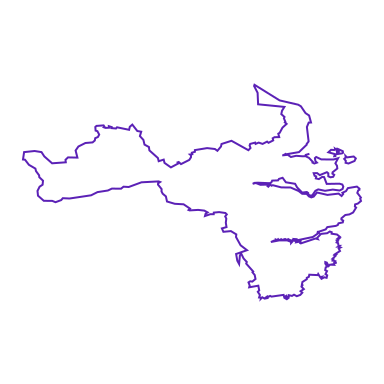 Carrigaline Lea-6, Cork, Ireland
{"feature_id": "5873133B49467827523795", "entity_name": "Carrigaline Lea-6", "entity_type": "district", "adm_level": 2, "iso_a3": "IRL", "parent_name": "Ireland", "parent_adm1": "Cork", "projection": "equal_earth", "projection_center": [-8.381, 51.806], "detail": "fine", "context": "isolated", "style": "outline", "palette": "violet", "viewbox_px": 384, "rotation_deg": 0, "n_neighbors": 0, "source": "geoboundaries", "source_scale": "gbopen_adm2", "svg_char_len": 6038}
<svg xmlns="http://www.w3.org/2000/svg" viewBox="0 0 384 384"><path d="M214.9,149.0L207.1,148.1L194.9,150.1L194.9,151.8L191.9,152.7L192.3,154.2L190.0,154.5L191.0,155.4L191.0,157.2L189.3,159.9L181.0,164.1L178.7,162.0L177.6,162.4L178.2,163.5L170.9,167.4L164.5,162.9L163.7,159.6L158.7,161.2L157.9,158.0L149.4,150.4L148.9,147.0L144.5,144.6L143.4,139.9L139.9,136.1L141.2,131.7L137.3,131.0L132.3,124.6L129.8,126.8L129.1,129.8L117.0,127.3L116.0,128.5L111.5,128.1L111.7,127.1L108.9,126.2L109.1,127.7L105.5,127.9L103.9,127.3L104.5,126.8L103.6,125.4L96.5,125.9L95.3,127.0L95.6,130.6L97.4,131.2L99.2,134.6L97.9,137.0L95.2,138.2L94.8,140.5L92.6,142.4L85.4,143.0L78.4,146.5L75.6,150.5L77.4,157.6L68.0,157.4L65.5,159.8L65.8,162.3L52.1,163.3L44.3,156.4L41.5,152.1L34.6,151.0L24.1,152.1L23.0,159.5L25.0,159.7L28.9,164.8L35.4,168.6L36.0,171.1L39.1,175.3L39.3,177.2L43.0,180.7L42.6,184.7L39.6,186.7L37.5,190.9L38.0,195.7L43.8,200.8L52.3,200.9L55.5,202.2L61.2,200.1L62.8,198.2L69.6,198.5L91.1,195.3L97.5,192.1L107.9,190.5L111.9,188.6L121.0,188.7L123.5,186.7L128.7,187.0L141.5,182.3L158.6,181.4L160.1,182.0L158.1,183.3L158.0,184.6L161.6,189.1L161.5,191.4L162.7,193.7L165.9,196.4L167.0,201.5L174.8,203.8L183.6,204.3L190.0,208.6L188.6,210.0L189.6,210.4L198.2,209.9L204.3,210.6L207.6,212.4L205.6,213.7L205.0,216.0L210.3,214.2L213.7,214.2L213.8,212.6L219.1,212.1L225.4,213.0L226.8,214.4L225.2,216.4L226.3,218.6L225.8,222.7L226.5,227.1L221.9,228.4L223.4,231.8L230.9,231.1L236.3,234.4L236.0,237.0L240.6,245.3L247.0,250.2L236.1,254.0L237.3,260.7L239.1,264.0L239.9,255.5L241.1,253.4L243.6,258.5L246.8,262.0L246.2,263.6L253.2,271.5L252.5,272.3L254.7,275.0L255.5,279.0L252.3,281.6L250.2,281.3L248.5,282.4L249.7,285.5L249.2,287.3L258.3,285.7L259.2,290.4L257.8,291.8L259.9,295.0L259.1,297.5L261.1,297.7L260.9,298.7L262.3,297.3L264.4,298.5L265.8,297.5L265.7,298.4L267.3,298.1L266.8,297.2L267.7,296.4L268.2,297.0L270.1,295.9L271.5,296.6L283.6,294.9L284.2,297.1L286.2,295.9L286.4,297.8L285.4,298.4L286.8,299.2L288.5,297.9L287.9,296.6L288.8,296.5L288.8,295.2L292.0,295.9L294.0,294.7L296.8,296.2L300.3,294.9L302.3,292.7L300.6,291.2L303.8,289.1L301.5,286.7L302.4,285.3L301.8,285.1L302.4,282.0L306.8,279.2L306.8,277.8L308.8,276.9L309.3,274.7L317.7,275.1L318.2,274.0L320.2,277.2L321.4,276.9L320.7,277.6L321.5,278.8L324.3,277.3L326.6,277.8L327.2,275.3L325.5,274.1L327.0,271.1L325.2,270.1L325.7,267.4L327.2,266.5L325.3,263.6L325.3,262.1L326.8,262.6L328.7,266.0L329.9,264.7L333.4,264.8L332.8,264.3L334.2,264.1L334.2,263.0L336.6,262.9L335.1,262.4L335.4,261.2L332.6,260.6L333.4,259.3L332.4,258.9L335.5,255.9L334.4,255.2L335.9,254.4L335.2,254.1L340.0,251.0L338.7,248.5L340.5,247.5L338.6,246.8L339.7,246.4L338.5,246.5L339.3,245.9L338.5,245.9L338.1,243.1L336.7,242.5L337.9,241.0L336.9,240.6L339.3,238.4L337.9,238.4L339.8,236.8L337.0,234.5L331.6,233.7L331.7,232.2L329.8,231.5L327.2,233.2L321.0,233.9L317.1,237.9L317.8,239.1L315.5,238.5L300.8,243.4L299.4,242.8L300.1,243.1L300.5,241.5L296.1,242.3L296.5,241.2L295.0,241.0L293.9,239.9L291.1,243.0L291.1,241.9L287.2,240.4L279.5,240.4L278.6,240.2L278.2,239.5L277.5,240.3L276.2,239.8L276.4,240.7L275.1,240.7L276.4,240.7L276.5,240.4L276.3,239.8L277.5,240.4L278.1,239.5L278.6,240.2L279.2,240.4L270.9,242.0L274.6,240.4L276.2,240.5L276.0,239.6L277.4,240.1L278.1,239.2L279.7,240.2L281.1,239.2L281.9,240.0L285.1,239.0L287.2,240.0L288.2,239.1L288.9,239.5L288.2,240.2L290.7,240.2L291.5,241.2L293.0,239.6L294.2,239.4L295.3,240.6L296.6,239.9L295.4,239.1L296.8,239.2L297.1,239.9L296.1,240.5L312.8,237.0L317.3,233.9L317.8,231.8L318.6,231.7L318.8,234.1L319.1,231.6L325.7,229.4L327.3,227.1L335.8,225.9L337.8,225.0L338.5,223.3L342.8,222.4L343.2,220.6L341.4,219.5L341.4,218.3L345.3,215.0L349.4,214.4L353.1,212.5L356.1,207.6L354.9,206.5L355.1,204.4L357.8,203.6L361.0,201.0L360.2,198.6L360.9,197.6L357.3,192.9L358.2,190.4L359.2,189.7L359.3,190.6L359.5,188.7L356.9,186.6L347.9,188.1L346.0,191.1L342.4,192.8L343.2,194.0L341.6,196.0L338.6,193.6L327.4,194.9L317.0,192.5L313.7,196.6L311.3,197.4L308.9,196.4L306.7,193.9L302.2,193.8L298.6,191.0L290.6,187.5L281.3,187.4L272.8,185.2L271.5,185.7L270.3,184.5L268.3,186.7L267.6,186.1L268.6,185.1L267.0,184.6L260.4,184.8L255.8,183.0L252.7,183.8L254.4,182.9L257.5,182.7L269.6,183.2L271.3,182.5L272.2,180.6L278.0,180.4L279.0,178.9L282.6,177.8L285.9,182.3L295.1,183.8L297.1,187.4L302.2,192.6L306.8,192.0L308.2,193.0L308.4,194.7L310.5,195.6L312.3,195.3L315.4,190.8L318.2,189.4L325.0,190.8L332.8,189.6L339.7,190.5L342.6,188.9L343.3,186.6L342.3,184.5L339.5,183.7L326.7,183.9L324.1,177.1L322.2,176.9L318.9,179.1L315.8,178.4L316.2,176.4L314.6,175.8L313.7,173.2L317.1,173.1L319.8,175.1L326.9,172.2L328.3,173.3L328.3,176.3L330.5,177.3L333.2,176.8L334.2,174.8L332.4,173.6L332.6,172.3L337.3,168.5L337.0,165.8L335.4,163.3L338.1,158.2L333.5,159.5L321.3,159.4L316.2,157.0L314.9,158.1L315.4,161.1L316.9,162.6L314.3,163.5L312.5,162.6L312.8,161.9L309.0,157.9L305.6,156.2L305.7,155.0L309.4,153.8L305.7,154.9L305.3,156.2L302.7,156.3L296.1,155.8L290.9,157.0L287.8,154.8L282.2,155.4L284.7,155.1L284.2,154.7L286.4,153.5L284.9,154.5L299.0,152.1L306.7,144.7L306.7,143.9L308.5,141.6L308.6,141.3L306.9,127.0L308.7,122.6L311.0,122.5L309.1,115.5L305.5,113.1L300.9,106.3L298.2,104.7L279.6,100.4L254.5,84.8L254.1,86.0L257.6,92.8L258.1,104.3L284.4,106.9L282.0,110.8L281.3,114.1L284.5,117.0L283.9,118.3L285.4,121.9L284.9,122.4L286.6,123.9L282.5,127.6L279.7,132.8L278.3,133.7L279.2,137.1L274.5,137.2L272.7,138.3L273.2,140.4L268.5,142.8L267.1,141.6L262.6,143.9L258.7,142.6L255.6,143.9L255.2,142.6L250.2,143.9L249.6,145.5L250.5,148.0L248.4,150.2L231.5,140.8L221.5,144.0L221.0,146.5L217.4,150.8L214.9,149.0ZM344.2,158.9L345.8,160.8L345.6,162.8L348.5,163.5L354.5,161.0L355.8,158.4L353.7,156.5L347.0,157.4L345.5,155.9L345.8,157.4L344.2,158.9ZM342.0,153.4L343.0,152.8L342.8,151.2L337.3,148.7L336.3,148.7L338.4,149.8L338.9,151.8L338.4,152.9L337.3,152.0L337.2,154.0L336.6,149.8L335.1,148.7L335.3,149.5L334.2,150.0L331.1,149.8L328.4,152.3L335.6,154.3L342.0,153.4ZM336.2,156.0L334.5,155.6L334.3,156.2L336.2,156.0Z" fill="none" stroke="#5b21b6" stroke-width="2"/></svg>